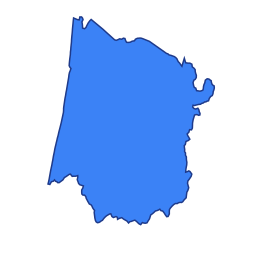 Una, Bahia, Brazil, rotated 192°
{"feature_id": "56859067B7113897673076", "entity_name": "Una", "entity_type": "district", "adm_level": 2, "iso_a3": "BRA", "parent_name": "Brazil", "parent_adm1": "Bahia", "projection": "equal_earth", "projection_center": [-39.164, -15.214], "detail": "fine", "context": "isolated", "style": "filled", "palette": "blue", "viewbox_px": 256, "rotation_deg": 192, "n_neighbors": 0, "source": "geoboundaries", "source_scale": "gbopen_adm2", "svg_char_len": 4034}
<svg xmlns="http://www.w3.org/2000/svg" viewBox="0 0 256 256"><g transform="rotate(192 128 128)"><path d="M59.0,192.7L60.8,192.6L62.3,190.9L62.3,188.0L62.7,186.3L62.8,184.5L62.6,182.6L62.5,180.9L63.5,179.9L65.2,179.0L68.7,178.8L70.0,181.1L71.5,181.4L72.5,182.9L73.8,185.9L73.5,188.5L72.4,189.5L71.7,191.5L72.1,193.8L73.0,195.2L73.9,197.0L74.5,199.1L76.0,200.3L77.8,201.1L78.8,203.7L80.9,204.3L83.0,203.9L85.1,203.8L86.2,205.7L87.4,207.9L88.1,199.6L89.5,200.8L91.1,202.3L92.6,203.3L93.6,204.5L94.6,205.9L96.1,206.9L97.6,207.5L99.8,207.8L101.0,208.0L103.0,208.0L104.5,208.9L105.7,208.9L125.1,217.2L131.9,218.4L133.5,218.6L134.9,218.5L136.1,218.1L137.5,217.7L139.2,216.4L139.8,214.7L140.9,214.2L142.1,213.7L143.6,212.4L145.3,211.8L147.2,211.5L148.5,213.0L149.6,214.9L151.2,214.9L152.7,213.5L154.7,213.5L156.2,212.3L157.8,211.3L159.5,211.5L169.0,217.0L172.9,219.3L186.6,226.5L187.7,224.8L188.7,222.6L189.7,219.1L190.0,217.6L191.1,216.1L193.2,216.3L193.7,218.3L194.3,220.2L195.1,222.2L194.5,224.6L195.3,226.0L196.5,227.0L198.2,226.6L198.2,223.6L200.0,223.5L204.1,224.3L203.8,221.2L203.5,218.7L203.2,215.9L202.9,213.3L202.6,211.3L202.3,209.0L202.0,206.0L201.6,202.8L201.2,200.5L201.0,198.7L200.8,196.8L200.6,194.9L200.3,192.9L200.1,190.4L199.7,188.1L199.5,185.9L199.3,183.2L199.1,181.4L198.9,179.5L198.5,176.7L197.3,175.2L196.2,174.4L196.4,172.1L196.8,170.1L196.8,167.7L196.6,165.8L196.5,163.9L196.4,161.3L196.3,159.2L196.2,156.6L196.1,154.2L196.0,152.0L196.0,150.1L195.9,148.4L195.8,146.4L195.8,144.6L195.7,142.5L195.5,139.6L195.3,136.3L195.1,133.9L194.7,132.0L194.4,129.8L194.4,127.9L194.4,125.9L194.4,124.1L194.4,122.1L194.4,119.5L194.5,116.5L194.6,113.7L194.7,111.6L194.8,109.2L194.8,106.3L195.0,103.5L195.0,101.1L195.1,98.5L195.1,96.5L195.2,94.5L195.2,91.8L195.1,89.2L195.1,87.1L195.1,84.9L195.0,82.8L194.9,80.9L194.9,78.9L194.8,76.2L194.8,74.1L194.8,72.5L194.8,70.1L194.7,67.4L194.6,64.0L194.5,61.7L194.5,59.2L194.6,56.6L192.7,56.5L191.7,59.6L190.0,60.4L189.1,62.0L187.8,60.8L186.5,60.7L185.4,59.9L184.0,60.2L182.5,61.9L180.9,63.7L179.9,66.3L178.4,67.7L176.9,69.3L175.8,70.5L174.6,70.9L173.6,69.9L172.5,69.1L171.0,69.6L169.1,70.0L167.3,71.0L166.9,69.5L166.9,66.9L165.6,64.9L164.8,63.5L163.4,62.5L161.6,62.3L159.6,62.1L159.7,59.9L160.4,57.8L160.0,55.7L159.4,53.8L158.1,53.0L156.5,53.3L155.0,52.1L154.2,50.4L153.3,49.4L152.2,48.0L151.1,46.8L150.0,45.6L148.2,45.2L147.1,44.2L145.9,42.5L144.7,41.3L143.6,40.5L143.5,38.3L142.7,36.0L141.7,33.1L140.7,30.9L139.7,29.6L138.3,29.0L136.9,29.5L135.9,30.3L134.8,31.6L133.8,32.4L132.9,34.4L131.9,36.1L130.7,37.7L129.4,38.9L128.2,40.0L127.0,40.5L125.3,38.1L123.7,37.4L121.3,38.9L119.8,38.4L119.2,36.5L117.7,37.8L115.5,39.0L113.2,37.9L111.3,37.3L109.7,36.8L107.7,35.2L106.8,36.7L105.4,37.3L103.7,38.4L102.1,39.3L100.1,38.3L98.4,37.2L97.2,36.5L95.5,36.1L94.3,38.5L92.7,38.3L91.1,38.5L89.7,39.2L89.0,41.3L88.1,43.6L87.7,47.7L86.3,49.2L85.1,50.8L83.9,52.6L82.7,53.1L81.3,54.0L80.0,55.2L78.6,54.0L76.8,54.0L75.1,52.6L73.5,50.9L71.7,49.3L70.4,49.8L69.7,52.5L70.2,54.8L70.5,56.7L70.0,58.3L68.8,60.5L67.3,62.7L65.9,64.0L64.2,64.3L62.9,65.5L61.5,66.1L60.1,66.3L59.1,67.3L58.1,69.5L56.6,71.8L56.9,74.9L57.1,77.4L56.5,79.3L56.2,82.2L57.2,84.1L58.3,86.3L58.4,88.7L57.4,90.7L56.2,93.8L56.0,96.2L57.1,97.2L58.3,98.3L59.6,98.7L61.1,97.5L62.4,96.8L62.8,99.5L62.9,102.4L62.9,104.0L63.3,106.7L64.0,108.4L64.5,110.0L64.9,111.9L66.1,113.3L66.6,115.6L67.7,116.6L68.1,118.9L68.8,120.7L69.3,122.5L68.5,123.7L68.5,126.9L66.4,128.3L65.2,129.9L66.5,131.4L68.0,133.0L68.9,134.5L67.6,136.5L67.4,139.2L65.5,139.4L65.0,141.2L65.3,143.0L65.9,146.3L66.0,149.7L65.6,154.5L64.2,155.3L62.7,155.4L61.5,155.1L60.4,155.7L60.6,157.3L61.6,158.6L62.5,160.6L63.8,161.9L65.7,160.6L67.6,160.8L69.1,161.9L69.1,163.8L67.7,163.8L65.8,164.8L63.7,165.8L62.0,166.3L61.0,167.4L59.6,168.1L58.5,169.4L57.3,169.7L56.1,170.8L54.9,171.3L54.6,173.9L53.7,176.0L52.3,177.3L52.0,179.2L52.2,181.3L51.9,183.3L51.9,185.1L52.5,187.1L53.8,187.5L54.9,188.3L55.9,190.0L56.5,191.6L57.6,192.0L59.0,192.7Z" fill="#3b82f6" stroke="#1e3a8a" stroke-width="1.5"/></g></svg>